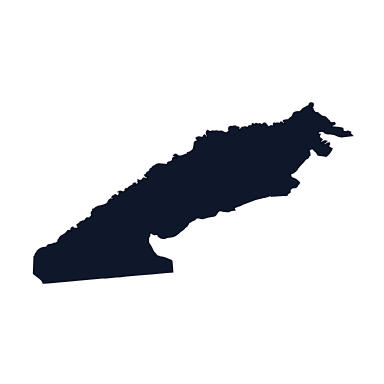 Kathiani, Eastern, Kenya (Equal Earth projection), rotated 266°
{"feature_id": "3690345B54323556821532", "entity_name": "Kathiani", "entity_type": "district", "adm_level": 2, "iso_a3": "KEN", "parent_name": "Kenya", "parent_adm1": "Eastern", "projection": "equal_earth", "projection_center": [37.316, -1.421], "detail": "fine", "context": "isolated", "style": "filled", "palette": "ink", "viewbox_px": 384, "rotation_deg": 266, "n_neighbors": 0, "source": "geoboundaries", "source_scale": "gbopen_adm2", "svg_char_len": 6103}
<svg xmlns="http://www.w3.org/2000/svg" viewBox="0 0 384 384"><g transform="rotate(266 192 192)"><path d="M163.9,76.4L163.6,74.4L164.0,71.0L165.1,70.6L164.6,69.5L163.8,68.9L162.0,68.6L161.3,68.0L161.9,66.9L162.1,65.7L159.6,63.2L158.8,63.1L158.9,61.9L158.2,61.0L157.7,59.6L157.0,58.3L155.3,56.6L154.3,56.2L153.3,55.1L152.2,55.2L151.4,54.6L150.3,52.6L150.3,50.8L149.3,48.0L149.4,46.0L149.0,44.7L146.7,42.7L146.9,40.9L146.6,38.6L146.2,37.3L145.4,35.7L144.0,33.9L143.4,33.3L142.6,33.5L141.8,32.1L140.9,31.5L139.1,30.9L138.6,30.1L121.7,28.3L115.8,34.9L114.3,36.2L111.6,37.3L111.5,41.2L112.7,97.3L112.4,99.1L112.8,112.0L112.6,113.3L113.0,120.8L113.3,138.6L113.3,146.3L113.7,160.3L113.7,167.1L124.4,167.0L125.2,166.2L127.9,160.7L129.0,157.7L129.1,156.4L131.0,152.0L132.3,151.6L133.5,150.5L135.1,149.3L140.1,147.3L144.0,145.2L144.8,144.9L149.3,145.2L151.5,146.7L152.9,146.7L154.4,147.6L154.1,148.7L152.8,150.3L152.3,151.4L152.2,152.5L152.4,153.6L152.3,154.8L150.3,155.5L149.5,156.3L148.3,158.2L148.0,159.4L147.7,161.6L148.5,163.6L148.7,164.8L148.7,166.8L149.1,170.4L150.0,172.7L150.7,173.6L151.8,175.6L152.9,176.6L155.0,180.1L156.3,181.7L157.0,182.2L158.4,184.5L159.7,185.3L160.7,186.2L161.8,186.5L162.3,188.2L163.2,189.6L164.3,192.8L165.4,193.8L165.9,194.7L166.0,196.1L165.8,197.3L165.0,199.5L164.9,200.8L165.1,202.2L166.0,205.9L166.6,212.2L166.9,213.1L167.4,213.9L170.3,216.2L171.7,217.9L171.4,219.2L171.4,220.3L170.8,221.5L170.4,224.2L170.1,225.2L170.0,226.9L170.2,228.0L170.8,229.2L171.0,230.4L171.1,233.3L173.2,232.5L174.3,235.3L175.3,239.3L176.5,242.0L180.3,254.8L181.7,262.6L181.8,264.9L182.4,266.4L182.3,267.5L183.2,269.0L182.5,270.8L182.4,274.4L182.4,283.7L182.1,285.2L182.2,286.5L183.0,286.8L183.8,287.5L185.0,289.7L187.6,289.8L189.6,292.8L189.3,294.0L189.3,295.2L189.6,296.2L190.3,297.1L192.0,298.1L192.8,299.1L193.8,299.7L196.1,297.7L197.5,296.0L198.2,294.8L198.8,293.0L199.8,291.9L202.8,291.1L203.5,292.3L204.3,294.7L205.6,296.6L207.1,298.3L208.4,298.9L209.1,299.8L211.0,301.3L211.6,302.3L213.1,303.7L213.9,304.8L216.8,307.4L217.8,309.7L218.8,310.7L219.8,310.8L220.4,312.1L223.4,312.0L224.6,311.6L225.9,311.5L227.2,315.2L224.2,317.7L223.1,318.9L220.3,320.3L219.7,322.0L219.4,324.4L218.4,328.2L219.4,329.8L221.3,331.8L223.7,333.6L225.4,334.6L226.7,332.5L228.2,330.9L228.9,331.3L229.7,332.3L230.4,332.5L231.3,332.3L231.1,330.9L230.4,329.4L229.5,328.2L229.8,326.7L231.0,326.7L231.8,327.5L232.2,328.4L233.2,329.6L233.6,328.4L233.3,327.0L232.0,324.6L232.4,323.7L233.6,323.7L234.4,324.2L235.2,325.3L237.6,322.8L238.7,322.7L239.8,323.0L240.5,323.6L240.7,322.6L241.4,321.9L242.4,321.6L243.0,322.2L243.5,323.5L243.7,325.1L243.6,326.2L243.1,327.7L241.7,328.8L240.9,330.8L240.6,332.2L240.6,333.9L240.0,336.0L239.6,338.2L239.1,338.9L238.5,340.2L237.7,341.6L237.2,343.3L236.7,344.8L237.2,355.7L239.0,354.1L239.9,353.7L240.6,354.2L241.7,351.8L241.3,350.1L241.3,348.9L241.6,347.8L242.1,346.8L244.3,346.9L245.1,346.4L245.9,343.1L246.9,337.0L247.3,335.9L248.3,335.9L248.9,336.5L249.7,339.0L250.5,339.4L251.3,338.5L251.1,335.5L252.6,334.1L253.5,333.7L254.2,332.9L257.1,330.6L257.9,329.0L258.1,327.5L260.4,324.5L261.6,323.6L262.4,322.4L262.2,321.2L262.8,320.2L264.0,319.5L264.9,318.4L266.9,318.4L267.9,317.3L268.7,317.9L269.4,318.7L270.2,318.9L271.8,318.9L272.4,317.7L272.5,316.3L271.7,315.3L270.6,315.0L269.8,314.6L269.2,312.5L268.4,311.1L267.9,309.8L267.2,308.5L265.7,306.9L264.2,304.9L264.5,303.8L264.6,302.0L264.2,300.3L263.5,298.9L260.8,297.6L260.0,297.0L258.9,295.1L257.6,293.7L257.2,292.7L257.1,289.7L256.7,288.4L255.9,288.5L255.1,289.1L254.2,289.5L253.5,288.7L253.4,287.6L255.3,286.4L255.3,285.3L254.5,284.9L253.8,284.0L254.5,283.1L254.7,281.6L254.3,280.2L254.9,278.7L254.2,278.1L253.4,278.3L252.5,278.2L252.0,277.5L252.5,275.1L251.2,273.6L251.6,272.4L254.0,270.9L255.4,269.8L255.6,268.7L254.5,267.2L254.0,266.2L254.5,265.3L255.3,264.5L254.9,263.4L255.2,262.0L255.8,260.6L254.8,259.4L255.8,257.1L254.7,256.8L253.7,255.9L253.9,253.6L252.7,252.5L252.2,251.3L253.2,249.7L252.9,248.3L252.8,246.5L251.4,245.2L250.5,243.8L250.8,242.8L253.1,243.1L253.6,242.0L253.3,240.3L254.6,240.1L254.6,238.1L254.3,236.7L254.6,235.3L254.2,233.9L253.6,233.4L252.8,233.1L251.9,233.2L251.0,233.5L250.3,233.3L249.6,232.6L248.8,231.3L248.4,230.2L248.6,229.2L250.5,225.7L250.5,222.5L251.2,220.4L250.8,218.6L251.4,216.8L250.8,215.6L250.8,214.1L251.4,212.9L252.2,211.9L251.6,211.2L250.7,210.7L249.8,210.6L248.6,210.8L246.4,211.7L245.6,211.1L245.5,209.8L246.8,209.4L247.9,208.5L247.2,207.6L246.3,207.1L245.5,206.4L245.6,205.2L246.3,203.4L246.3,202.4L246.1,201.1L245.7,200.1L245.0,200.1L244.4,200.6L244.0,201.8L243.2,201.8L242.4,200.6L242.0,198.8L240.9,197.9L238.8,197.6L234.7,196.4L233.8,195.6L232.0,193.1L231.4,190.5L230.6,190.0L229.8,189.2L229.6,187.6L228.7,185.0L228.4,182.7L228.7,181.1L229.7,179.7L230.6,178.6L230.6,177.5L229.7,176.4L228.2,179.2L227.3,178.9L227.6,175.8L226.6,175.1L225.5,175.0L224.6,174.5L223.7,173.4L223.3,170.7L222.6,169.7L221.5,169.8L220.9,169.1L222.3,160.7L221.7,158.1L220.7,156.9L220.2,155.1L218.7,153.8L218.1,152.9L217.7,151.9L216.0,151.4L215.3,150.5L214.6,148.7L213.8,148.0L212.7,147.9L212.2,146.1L210.7,147.1L210.2,149.2L208.2,148.0L208.2,147.0L208.9,145.7L209.2,144.6L208.5,143.9L207.7,143.4L207.0,142.5L207.1,139.8L207.6,139.1L206.3,138.9L205.3,139.3L204.3,139.2L203.5,137.9L202.9,136.4L203.7,135.7L204.6,136.2L204.8,135.1L204.3,134.1L203.2,133.7L202.5,132.9L202.3,131.7L200.9,129.1L200.0,128.5L199.3,127.7L199.9,126.5L199.3,125.6L198.0,126.2L197.6,125.1L196.8,124.2L196.7,122.8L197.4,121.3L197.7,120.3L197.2,119.0L196.7,120.2L195.8,120.5L195.2,119.2L194.0,118.9L193.3,118.4L192.9,117.5L193.9,116.3L194.6,115.2L193.5,113.5L193.2,112.5L192.3,111.9L191.5,113.1L190.8,113.6L190.1,113.0L190.1,111.9L190.6,110.4L189.9,109.2L189.2,108.4L187.3,107.4L186.2,106.2L185.5,104.6L185.1,103.3L184.5,100.6L184.1,97.3L183.0,94.7L182.2,94.0L181.8,93.2L181.6,91.9L179.9,91.8L179.1,90.6L178.0,90.1L176.1,90.7L175.0,90.0L173.3,88.2L173.0,87.0L173.4,85.5L172.6,84.4L170.6,82.9L170.6,81.3L170.0,79.7L169.8,78.4L168.7,77.9L167.4,75.2L166.2,75.4L165.0,76.2L163.9,76.4Z" fill="#0f172a" stroke="#020617" stroke-width="1.5"/></g></svg>